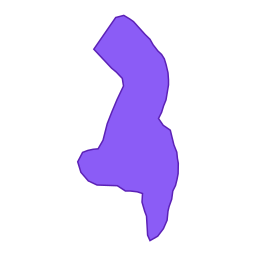 the district of Palmelo, Goiás, Brazil
{"feature_id": "56859067B29924279004635", "entity_name": "Palmelo", "entity_type": "district", "adm_level": 2, "iso_a3": "BRA", "parent_name": "Brazil", "parent_adm1": "Goiás", "projection": "natural_earth1", "projection_center": [-48.394, -17.308], "detail": "fine", "context": "isolated", "style": "filled", "palette": "violet", "viewbox_px": 256, "rotation_deg": 0, "n_neighbors": 0, "source": "geoboundaries", "source_scale": "gbopen_adm2", "svg_char_len": 893}
<svg xmlns="http://www.w3.org/2000/svg" viewBox="0 0 256 256"><path d="M111.3,185.5L117.3,185.7L125.4,191.0L130.2,191.0L137.2,191.8L142.5,193.5L142.0,202.1L144.7,211.3L146.5,216.1L147.3,229.5L147.6,235.2L150.0,240.6L157.7,236.2L163.4,228.7L167.1,220.2L168.0,211.1L169.1,206.5L171.7,199.2L172.8,191.0L175.5,185.5L177.0,179.5L178.1,173.8L178.3,163.3L177.4,158.3L176.8,152.2L173.9,144.9L172.0,137.2L170.3,130.2L163.2,125.3L158.5,118.5L161.6,112.3L163.6,105.8L166.0,99.9L168.5,84.9L168.5,80.0L168.0,72.8L166.1,64.7L164.3,58.8L161.6,54.5L157.9,51.0L153.1,44.8L150.0,39.3L145.1,34.5L137.8,26.4L133.5,21.6L129.5,18.8L123.8,15.4L115.7,17.5L93.8,49.2L111.6,68.2L116.2,72.0L122.3,78.4L123.5,86.0L117.0,99.7L111.8,112.1L107.2,123.8L103.0,140.3L98.1,148.8L93.1,149.3L87.9,150.4L82.6,152.4L77.7,161.8L80.9,172.3L88.3,180.9L97.0,185.0L111.3,185.5Z" fill="#8b5cf6" stroke="#5b21b6" stroke-width="1.5"/></svg>